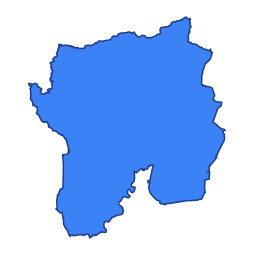 Sankhaburi, Chai Nat, Thailand (orthographic projection), rotated 87°
{"feature_id": "78962969B50930938834164", "entity_name": "Sankhaburi", "entity_type": "district", "adm_level": 2, "iso_a3": "THA", "parent_name": "Thailand", "parent_adm1": "Chai Nat", "projection": "orthographic", "projection_center": [100.153, 15.021], "detail": "fine", "context": "isolated", "style": "filled", "palette": "blue", "viewbox_px": 256, "rotation_deg": 87, "n_neighbors": 0, "source": "geoboundaries", "source_scale": "gbopen_adm2", "svg_char_len": 5727}
<svg xmlns="http://www.w3.org/2000/svg" viewBox="0 0 256 256"><g transform="rotate(87 128 128)"><path d="M233.1,191.7L232.9,191.3L232.2,190.8L231.9,190.2L232.3,188.6L232.7,188.3L232.8,187.9L232.2,184.5L232.2,181.3L231.8,179.1L233.0,178.5L232.2,175.6L231.9,175.6L231.9,173.3L235.7,171.7L234.8,170.7L234.3,169.2L233.2,168.9L232.8,166.5L233.5,166.5L232.9,165.7L233.3,165.3L230.5,160.4L231.0,155.6L228.6,154.8L228.1,155.1L226.6,156.9L223.5,157.2L222.1,157.1L220.6,156.3L220.2,155.4L220.7,152.7L220.3,152.7L220.2,152.0L219.7,151.1L216.8,148.8L215.2,145.0L214.4,142.1L214.1,139.1L213.7,138.4L212.6,137.6L211.5,137.1L209.2,137.2L207.0,137.8L206.2,138.3L204.7,140.4L203.9,141.0L202.7,141.3L201.8,141.0L201.2,140.5L200.6,139.0L197.5,137.2L196.4,136.2L196.5,134.7L197.4,132.8L197.6,131.8L197.6,130.9L197.1,130.1L196.3,129.6L195.8,129.7L193.8,131.9L190.8,131.6L190.2,131.4L189.4,130.7L189.3,130.2L189.6,129.6L190.4,129.0L191.9,128.5L192.5,127.9L192.6,126.7L192.0,125.6L191.6,125.2L188.8,124.1L187.3,124.3L187.2,126.6L186.9,127.2L184.4,127.9L183.8,126.9L182.9,126.2L182.3,125.2L180.3,124.4L177.9,124.0L171.6,124.0L173.1,121.9L169.9,118.0L169.0,116.3L169.6,115.8L170.9,115.8L171.0,114.0L170.0,114.0L169.9,110.4L167.5,110.3L167.6,108.5L166.5,108.5L166.6,104.9L181.7,109.0L181.6,110.8L183.7,110.8L183.6,109.0L187.9,110.5L192.2,109.8L194.4,109.0L195.5,108.1L198.3,106.0L201.6,102.9L202.6,100.0L204.6,100.1L205.5,99.3L205.4,97.5L206.6,95.2L205.6,93.6L205.5,90.4L203.6,72.4L203.8,68.8L203.6,62.2L203.0,60.2L203.0,58.4L202.7,58.1L199.3,56.3L196.8,55.2L196.1,54.7L196.3,54.3L192.1,54.7L184.0,53.8L183.7,52.7L183.3,49.8L182.8,49.4L180.3,49.5L178.7,49.0L176.4,48.8L176.0,49.6L176.2,50.4L175.0,49.2L171.1,49.0L170.0,47.9L169.9,48.1L168.8,47.0L168.7,47.2L165.6,44.0L163.5,42.1L163.3,42.3L161.7,40.8L160.6,41.7L159.3,40.0L158.7,40.3L145.2,32.5L143.5,32.2L139.6,32.2L136.3,33.6L135.4,31.9L135.4,31.3L134.5,31.9L133.7,34.7L130.1,39.1L129.8,38.8L126.4,43.1L125.1,42.3L113.8,37.6L112.4,36.6L111.0,34.1L109.7,33.5L107.3,33.1L106.6,37.4L106.2,38.8L105.2,40.2L103.8,41.5L101.6,40.6L100.3,39.7L93.3,41.6L92.3,42.2L91.7,43.1L90.7,46.2L90.6,47.3L90.9,48.3L89.9,48.5L90.1,50.8L88.7,50.9L88.5,52.0L87.8,52.2L78.6,51.5L78.4,51.0L74.8,50.2L73.5,49.7L73.3,49.5L70.6,48.7L68.2,47.5L64.3,43.1L63.2,42.2L57.3,39.9L56.1,40.6L56.1,41.6L53.8,41.5L54.5,42.5L54.7,44.2L53.8,45.2L53.1,48.3L52.2,49.5L51.6,49.8L51.1,50.8L51.1,51.5L51.4,51.9L50.7,52.3L50.0,53.4L49.3,53.7L48.8,54.4L48.3,55.7L47.8,56.1L47.1,60.0L46.3,60.3L46.0,60.9L45.9,61.9L45.2,62.5L45.4,63.4L44.5,63.5L41.8,62.8L40.1,63.2L39.5,62.8L39.0,63.0L36.6,62.4L35.4,61.2L34.8,61.3L34.0,61.8L29.6,59.7L28.1,60.7L27.0,60.9L26.7,60.3L24.7,60.9L22.7,60.0L22.1,60.3L22.3,62.3L21.6,63.2L20.3,64.1L20.4,65.0L21.3,66.4L21.7,67.4L22.7,68.1L22.6,69.7L23.6,70.6L23.5,72.0L23.7,73.6L24.1,74.4L24.3,75.8L24.1,76.7L24.8,77.4L24.8,78.6L25.8,79.5L26.8,79.8L27.6,80.3L28.0,81.0L27.9,81.6L28.3,82.2L28.7,82.3L29.0,83.1L29.1,84.0L28.9,84.7L29.2,85.3L29.0,86.6L29.5,89.8L29.8,89.8L31.3,90.9L34.0,90.7L36.0,91.2L36.1,91.6L36.0,94.0L37.7,95.6L37.9,97.3L38.6,99.3L39.2,100.2L38.7,102.3L38.9,104.7L38.5,105.2L37.0,106.0L36.1,108.7L36.2,109.1L37.7,111.6L37.6,113.0L35.1,115.5L32.6,116.8L33.7,119.3L32.8,120.0L32.2,121.7L32.1,122.6L32.8,125.0L32.9,130.7L33.9,133.1L35.2,133.7L35.7,134.4L35.7,135.0L36.0,135.8L35.5,136.7L35.4,137.8L36.0,138.8L38.3,140.4L39.2,142.1L39.3,144.9L40.0,148.6L39.6,152.4L39.8,152.9L41.3,154.6L41.4,155.2L41.1,155.9L42.4,157.1L42.8,158.6L43.6,159.8L43.6,161.9L43.2,162.9L43.3,164.7L43.6,166.2L43.9,166.6L46.2,167.3L45.9,173.6L45.1,173.7L45.0,178.0L43.8,178.1L43.8,180.7L42.8,180.8L42.8,183.0L42.1,184.7L42.0,186.7L42.5,189.9L41.3,190.0L41.0,192.5L42.6,192.1L42.7,192.9L44.2,192.6L44.7,193.5L48.8,194.7L49.7,195.5L52.2,194.9L53.1,196.0L53.3,197.7L54.6,198.6L55.1,199.4L55.5,199.4L56.4,198.6L57.5,198.4L57.8,199.9L58.1,200.1L58.0,201.0L59.1,202.4L61.4,201.1L62.0,201.3L62.8,202.0L64.4,201.0L65.7,201.5L67.8,200.0L68.6,200.6L69.3,201.8L70.4,201.5L71.2,202.1L71.7,201.5L72.2,201.4L73.3,202.0L73.7,202.7L74.5,202.5L74.7,203.1L75.0,203.4L75.8,203.0L76.8,203.2L77.1,203.0L76.8,201.8L77.4,201.3L77.3,200.6L77.8,200.3L78.7,201.9L79.0,202.0L79.9,202.0L82.0,201.4L84.8,202.3L85.2,203.1L84.6,204.2L85.5,206.1L85.9,206.4L86.9,206.2L87.3,204.6L87.7,204.4L88.2,204.5L88.9,206.0L88.4,207.0L88.3,207.9L89.5,209.6L89.7,210.7L89.2,212.4L87.6,213.9L86.9,213.1L85.6,212.7L84.9,212.1L84.4,212.1L83.7,213.4L82.6,214.4L82.0,216.1L81.4,216.2L80.2,216.0L79.6,216.4L78.6,218.0L78.6,218.8L79.3,220.4L79.2,221.3L78.6,222.9L78.4,224.7L80.8,224.2L81.3,222.0L82.3,222.5L83.5,223.8L85.8,223.1L86.2,223.4L90.7,223.4L93.5,223.8L93.8,224.0L94.5,223.6L94.7,223.1L95.0,223.2L96.0,222.8L96.2,222.1L99.2,221.7L100.5,221.8L100.4,220.1L101.0,219.9L101.2,219.7L102.0,219.1L102.6,217.4L106.2,217.9L106.5,217.5L108.4,218.8L111.4,215.9L111.6,215.8L111.7,216.0L115.9,214.2L117.8,212.2L117.3,211.5L118.0,210.7L117.3,208.7L121.0,207.0L121.1,207.3L122.4,206.8L122.9,207.1L124.6,203.9L126.9,203.2L127.1,201.9L126.9,200.5L127.7,199.9L128.1,199.0L129.9,197.9L130.4,196.6L131.8,194.5L131.3,194.1L134.1,192.1L135.4,191.5L135.4,191.2L136.0,190.9L136.1,190.2L137.0,190.2L142.1,189.2L145.7,188.1L145.9,188.7L147.1,188.1L147.6,188.9L148.4,188.5L148.7,187.9L149.9,189.3L150.4,189.0L151.3,191.4L151.3,194.6L152.9,194.3L153.1,194.7L156.8,194.4L163.3,194.5L164.7,194.7L167.6,194.8L183.9,196.1L184.9,196.5L185.0,197.3L185.3,197.5L185.4,198.4L185.9,198.5L186.5,199.3L187.1,199.4L188.2,200.1L191.0,200.7L191.2,201.2L191.1,201.8L197.1,203.0L202.8,202.9L204.1,203.2L205.1,204.1L209.1,200.5L209.3,199.8L209.0,198.1L212.6,197.9L213.3,197.5L215.4,197.6L217.1,197.0L220.5,197.5L224.8,195.6L227.8,193.4L230.6,192.9L233.1,191.7Z" fill="#3b82f6" stroke="#1e3a8a" stroke-width="1.5"/></g></svg>